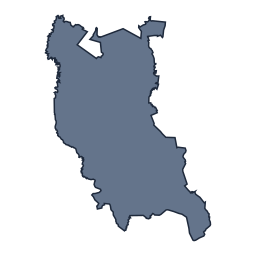 the district of Teapa, Tabasco, Mexico
{"feature_id": "50627088B17236801966727", "entity_name": "Teapa", "entity_type": "district", "adm_level": 2, "iso_a3": "MEX", "parent_name": "Mexico", "parent_adm1": "Tabasco", "projection": "orthographic", "projection_center": [-92.975, 17.62], "detail": "fine", "context": "isolated", "style": "filled", "palette": "slate", "viewbox_px": 256, "rotation_deg": 0, "n_neighbors": 0, "source": "geoboundaries", "source_scale": "gbopen_adm2", "svg_char_len": 5600}
<svg xmlns="http://www.w3.org/2000/svg" viewBox="0 0 256 256"><path d="M57.3,75.0L56.8,78.3L58.3,78.8L59.6,80.4L59.5,80.9L58.0,80.6L57.6,81.1L59.1,81.4L59.6,82.3L58.2,81.8L56.8,82.3L57.4,83.5L57.8,86.8L57.0,87.2L55.8,87.1L54.9,87.8L55.3,88.7L57.0,89.3L57.5,90.1L57.8,91.4L57.5,92.3L57.3,92.5L55.7,91.8L54.4,92.5L55.0,92.9L55.1,94.2L55.7,95.2L55.5,97.8L54.2,98.5L54.4,112.7L54.8,113.9L54.6,114.5L55.0,114.7L55.4,119.7L56.1,121.0L56.2,123.1L55.2,126.3L55.2,128.1L55.8,128.8L55.9,129.8L56.9,130.1L57.4,131.2L57.5,131.9L56.7,132.5L57.0,133.2L57.9,133.7L57.7,135.3L58.4,135.7L58.4,136.3L60.0,137.1L61.4,139.3L62.5,139.7L63.5,141.5L63.5,142.5L64.1,143.1L65.4,143.8L66.0,144.6L68.1,145.0L68.3,145.5L69.2,145.5L70.0,146.3L71.3,146.6L71.5,147.1L72.8,146.9L73.9,147.8L74.5,147.8L75.9,149.0L76.8,152.6L78.4,154.1L79.1,155.5L78.9,157.2L79.6,157.4L79.7,156.7L81.5,156.5L82.2,157.1L82.3,158.0L83.4,157.9L83.4,158.3L82.4,158.4L83.5,159.4L82.4,160.1L83.6,160.7L83.4,161.3L82.9,161.7L82.2,164.0L82.7,164.2L83.4,165.7L82.3,167.7L81.5,168.3L81.9,168.6L81.7,169.2L82.5,169.3L81.4,170.4L81.8,170.7L81.6,171.5L81.1,171.6L81.4,172.9L82.4,173.1L82.3,175.2L82.8,176.4L83.2,176.7L83.3,176.2L84.0,176.3L84.9,177.2L85.9,177.4L86.0,178.2L86.5,178.6L87.3,178.0L88.2,178.9L91.0,179.6L93.3,179.2L94.9,180.0L95.2,180.9L94.7,181.6L94.1,184.5L94.9,186.5L95.6,187.4L100.5,189.3L101.0,190.7L99.3,192.4L95.2,193.5L93.1,193.6L91.8,195.0L93.4,196.8L94.9,199.9L98.7,203.3L97.6,205.6L96.8,206.1L97.4,209.0L101.8,208.0L102.0,206.4L102.8,205.4L104.5,204.8L104.3,203.5L109.4,204.0L109.8,204.4L110.4,205.9L111.0,209.7L113.2,212.1L113.3,215.0L115.8,219.4L115.9,221.5L116.5,222.7L116.5,223.4L118.0,224.3L118.3,225.2L118.2,225.9L118.8,226.5L124.4,230.8L124.7,230.3L125.6,230.3L126.0,229.9L126.0,228.4L126.7,227.8L126.2,227.0L126.9,226.3L127.0,225.2L127.9,224.9L128.2,224.3L127.7,222.8L128.5,221.9L128.7,221.3L128.1,220.0L129.6,218.7L129.1,217.5L130.4,217.6L129.7,216.4L129.9,215.6L143.3,215.4L146.4,217.9L146.3,218.3L148.7,218.8L149.6,218.3L149.9,217.7L150.5,217.8L150.8,217.0L150.2,216.2L150.3,215.7L151.4,215.3L152.7,213.5L153.5,213.8L154.6,215.0L159.3,215.2L160.9,214.4L166.2,209.9L167.9,209.8L173.7,211.5L178.8,213.4L182.0,214.2L186.5,217.2L188.9,228.2L189.5,233.1L193.0,240.2L194.0,240.6L195.7,240.2L199.4,237.9L203.8,236.0L204.7,234.3L203.6,232.0L204.6,231.0L205.3,230.8L205.9,229.2L209.9,225.8L210.5,224.7L210.3,222.1L209.3,219.7L209.6,217.0L208.8,216.9L209.1,213.9L208.3,213.3L207.0,210.9L206.3,210.4L204.8,208.4L205.3,202.1L204.2,202.8L200.0,197.4L195.7,194.3L194.8,192.0L195.2,191.4L192.5,192.8L192.2,192.0L192.5,191.7L192.0,191.6L191.4,192.0L191.2,192.9L190.5,192.9L189.8,191.5L188.8,190.8L184.6,185.9L187.1,184.1L182.8,171.3L182.7,169.3L185.6,163.6L184.8,161.9L185.5,161.5L185.3,160.0L183.2,157.3L183.0,156.3L183.7,154.3L185.6,152.1L186.0,150.5L185.2,148.1L178.1,147.2L176.9,147.7L175.0,137.6L165.8,137.3L162.3,133.8L160.5,131.5L153.8,125.1L154.1,123.4L151.0,115.4L157.2,112.7L156.4,110.9L157.2,110.6L155.5,107.3L154.8,107.6L153.6,106.1L152.5,106.5L152.1,104.6L151.3,104.8L150.8,102.9L148.8,102.9L148.9,97.2L149.9,95.6L150.2,95.8L150.6,95.2L150.2,94.9L151.0,93.6L150.4,93.1L151.4,92.2L150.6,91.2L151.5,90.2L151.8,90.6L152.8,89.7L152.2,89.1L153.2,88.2L154.1,89.3L154.5,88.7L154.2,88.3L155.3,87.5L156.9,89.2L158.5,84.2L155.7,83.4L156.3,82.6L157.9,83.0L158.8,76.0L156.3,76.1L155.3,75.0L154.4,74.8L153.6,73.5L153.7,72.4L154.8,71.7L155.2,71.9L154.9,73.2L155.9,73.1L156.3,70.7L154.6,70.8L154.0,69.4L155.2,67.2L154.9,66.9L154.2,67.1L153.9,66.8L154.3,65.3L155.8,64.1L155.8,63.6L154.6,63.6L154.3,62.6L154.1,58.6L153.2,56.0L152.0,54.0L152.2,53.2L153.0,52.7L152.2,50.6L151.2,49.5L150.9,48.6L149.8,48.2L148.9,47.0L148.6,45.7L148.8,42.4L148.0,40.8L149.1,40.2L148.4,39.0L148.5,37.9L147.7,37.2L147.6,36.4L154.2,35.5L157.5,35.5L157.5,36.3L160.5,35.2L162.4,37.5L162.9,36.8L163.6,30.1L165.1,25.8L165.4,22.1L152.6,20.8L151.4,21.0L150.7,20.6L150.2,19.5L150.5,16.7L149.4,16.9L148.6,18.2L149.5,20.1L147.6,21.9L145.8,21.6L145.0,21.8L145.9,23.5L145.5,24.3L143.2,25.0L140.3,26.9L138.8,25.8L138.7,27.6L141.4,31.4L140.8,38.4L123.1,28.7L101.2,36.9L99.7,36.8L99.8,37.2L98.5,37.0L97.0,34.8L97.2,28.4L96.4,27.7L95.9,28.3L95.6,30.7L93.2,34.8L93.3,35.7L89.9,39.4L100.4,42.4L101.4,52.2L103.0,53.3L103.2,54.3L102.4,55.6L101.3,56.2L100.9,57.6L98.6,56.8L97.4,57.3L96.4,58.5L77.2,44.8L87.3,31.7L82.3,29.3L82.5,28.5L83.6,28.2L83.2,27.5L81.5,26.7L79.5,25.1L78.1,24.6L76.2,24.9L75.7,24.6L73.8,26.2L73.7,26.8L73.1,26.9L70.9,25.1L70.2,22.4L68.3,22.2L67.9,21.8L66.2,21.4L64.9,21.5L64.2,22.2L63.2,21.1L64.1,19.4L64.1,18.3L63.8,17.6L62.7,16.8L62.8,15.4L60.1,16.3L60.0,17.1L60.7,18.2L59.2,18.3L58.5,18.0L58.3,15.8L58.0,15.5L56.2,16.7L56.5,17.9L55.9,20.1L54.3,21.1L55.0,22.7L52.6,24.2L52.7,25.5L53.1,25.8L53.8,25.5L54.1,26.0L53.8,28.2L53.0,29.2L51.9,29.7L52.6,30.3L53.4,30.4L53.2,31.7L52.7,32.2L51.3,32.4L51.0,34.1L49.6,33.8L50.0,35.7L49.0,35.1L47.9,36.2L49.3,36.7L48.3,37.3L48.5,38.2L48.0,39.2L48.8,40.3L47.6,41.2L47.3,41.9L48.1,43.9L47.1,45.2L48.0,46.0L47.3,46.7L47.6,47.6L46.7,48.4L45.8,50.3L47.2,51.6L45.9,52.2L45.5,52.8L46.3,53.3L48.5,53.8L47.4,55.1L48.4,55.8L47.6,58.0L48.2,59.3L49.5,58.8L51.1,57.3L51.8,57.5L51.6,58.6L52.4,59.6L52.7,58.6L55.0,57.9L55.3,58.9L56.6,60.2L55.7,61.3L55.4,59.9L54.7,59.6L54.7,61.9L55.7,62.7L57.0,62.3L55.9,64.7L57.6,64.8L57.9,64.4L57.7,63.3L58.7,62.8L59.3,63.0L58.5,64.4L58.8,64.6L59.7,64.2L60.1,65.4L60.1,66.5L59.8,67.1L57.9,67.1L59.6,68.9L59.4,69.6L58.1,69.3L58.5,70.7L57.5,72.7L57.9,73.5L59.5,72.6L60.1,72.6L59.2,73.5L59.8,74.9L59.6,76.6L59.3,76.9L58.9,76.5L59.0,74.2L58.7,73.9L57.3,75.0Z" fill="#64748b" stroke="#1e293b" stroke-width="1.5"/></svg>